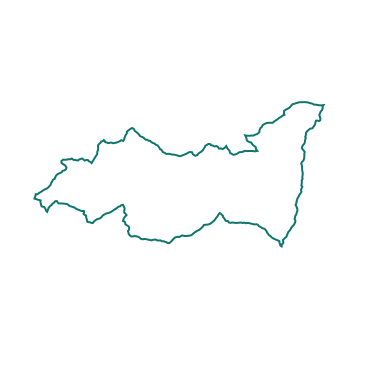 Marília, São Paulo, Brazil (Robinson projection), rotated 72°
{"feature_id": "56859067B32414621865348", "entity_name": "Marília", "entity_type": "district", "adm_level": 2, "iso_a3": "BRA", "parent_name": "Brazil", "parent_adm1": "São Paulo", "projection": "robinson", "projection_center": [-49.991, -22.185], "detail": "fine", "context": "isolated", "style": "outline", "palette": "teal", "viewbox_px": 384, "rotation_deg": 72, "n_neighbors": 0, "source": "geoboundaries", "source_scale": "gbopen_adm2", "svg_char_len": 6061}
<svg xmlns="http://www.w3.org/2000/svg" viewBox="0 0 384 384"><g transform="rotate(72 192 192)"><path d="M271.4,123.6L269.6,122.8L268.9,121.1L267.6,120.6L265.8,120.3L264.5,118.0L263.9,116.2L262.4,115.0L260.9,113.7L259.8,112.8L259.2,111.6L257.9,109.7L256.6,108.5L255.5,106.8L254.6,105.0L253.1,103.6L251.4,102.5L249.5,102.8L248.1,102.0L246.6,101.1L245.5,99.7L244.2,99.0L242.7,97.7L240.8,97.1L239.3,97.1L237.6,97.2L236.4,97.5L235.1,96.4L234.0,95.8L232.5,94.9L230.7,93.7L229.5,92.3L228.2,91.0L227.0,89.5L225.7,87.8L223.8,87.8L222.4,86.6L220.9,85.4L219.8,86.0L218.0,85.1L216.4,84.4L214.9,84.1L213.7,82.8L211.9,82.5L210.6,81.8L209.1,81.1L207.7,80.8L205.8,80.5L204.1,80.2L202.4,79.6L200.8,79.3L198.7,79.4L197.6,78.4L197.0,77.2L196.0,75.8L194.3,74.8L192.2,73.9L190.4,73.4L188.8,72.4L187.0,73.0L185.6,73.6L184.3,74.0L182.9,73.2L181.6,71.8L180.8,70.3L179.6,69.4L178.5,68.8L177.2,68.2L175.7,67.0L174.5,67.3L173.2,66.2L170.8,65.2L169.8,63.7L169.1,62.1L168.3,60.0L168.6,57.7L167.1,55.9L165.9,54.2L164.1,53.2L162.5,52.1L162.9,50.5L163.8,49.4L163.5,48.0L162.2,47.3L160.0,47.1L158.2,47.2L156.7,45.9L155.4,44.9L154.7,43.7L153.8,42.6L152.4,41.7L150.9,41.3L150.0,40.1L149.5,42.6L148.6,44.7L147.3,47.0L146.5,49.1L145.1,50.3L144.0,52.2L142.3,54.7L141.7,56.2L141.2,57.5L140.6,59.5L139.8,62.4L139.7,65.6L139.7,67.2L139.6,69.1L140.3,70.6L141.1,71.9L142.1,73.7L142.4,75.4L142.6,77.0L143.2,79.3L145.7,80.3L147.1,80.2L147.2,81.8L148.1,84.3L148.5,86.3L149.5,88.9L149.8,90.3L150.2,91.6L151.1,94.1L149.8,97.7L149.5,99.4L149.6,101.4L150.2,104.0L151.7,105.6L152.5,107.3L154.4,108.9L155.7,109.3L156.5,110.7L157.0,112.0L157.0,114.2L157.3,116.3L156.7,118.2L156.1,120.4L155.4,122.5L154.6,123.9L156.0,123.7L157.4,123.6L158.8,123.8L160.6,123.6L162.5,121.7L163.1,120.5L165.2,119.8L166.8,119.2L167.9,118.3L169.1,117.5L171.0,117.9L173.1,117.2L172.8,119.4L172.3,120.7L171.6,122.1L170.7,124.9L170.2,126.6L169.6,127.9L169.1,129.6L169.5,131.2L169.2,133.0L168.8,134.8L169.5,137.1L169.7,139.0L169.4,141.2L167.9,142.5L166.6,143.7L164.1,143.6L161.7,144.8L158.9,145.2L160.1,147.3L160.7,149.4L159.6,150.8L159.1,152.9L157.4,153.4L156.0,154.3L155.5,156.8L154.1,158.0L153.4,159.5L152.2,159.7L151.4,161.6L151.8,163.4L152.2,165.1L153.2,165.9L154.7,167.7L155.8,169.0L156.7,171.3L157.0,172.9L157.6,174.2L158.6,175.6L158.6,177.6L157.6,178.5L156.3,179.6L154.3,179.6L153.5,181.1L153.3,182.8L153.8,184.9L154.1,187.7L154.2,189.7L154.3,191.7L153.9,193.2L152.5,194.9L151.2,196.9L150.6,198.5L149.6,200.4L148.6,202.0L148.2,203.3L147.9,204.6L146.5,205.7L145.0,207.4L143.5,207.8L142.3,208.1L141.5,209.1L139.7,209.4L137.2,210.3L135.7,211.9L134.3,212.7L133.2,214.2L131.8,215.3L130.4,216.0L129.8,217.5L128.6,218.2L127.9,219.9L126.1,220.9L124.5,222.0L123.7,223.1L122.5,224.3L120.8,224.7L118.9,225.7L117.4,226.7L116.1,227.6L114.1,227.8L112.6,229.2L113.0,231.3L113.7,233.3L114.5,235.3L116.1,235.9L117.5,237.7L118.7,238.7L119.8,239.5L120.9,240.1L122.2,241.7L120.9,243.3L121.4,245.1L121.6,247.1L121.6,249.2L121.3,251.8L120.3,253.1L119.8,254.4L119.7,256.5L118.5,257.9L117.8,259.1L116.4,259.2L115.3,259.8L116.1,261.1L115.9,262.7L116.9,263.8L117.6,265.5L118.6,267.0L119.9,267.4L121.5,267.8L123.0,268.4L123.9,269.3L125.3,270.0L126.8,270.5L127.8,271.9L129.9,274.5L131.3,276.0L132.3,277.2L133.5,278.5L132.2,279.2L130.9,280.5L129.4,281.2L128.9,282.8L128.9,284.5L127.4,285.3L126.2,286.1L126.2,287.5L126.2,289.0L126.8,290.8L125.6,292.9L124.7,294.9L123.0,296.0L123.3,297.5L122.7,299.3L122.5,300.9L122.3,302.3L121.4,304.6L122.3,306.7L124.1,307.1L125.4,306.3L127.5,304.4L129.8,303.8L131.4,304.8L132.0,306.8L131.9,308.6L133.0,309.8L133.2,312.0L133.5,314.4L134.4,316.1L135.3,317.2L137.0,318.5L137.4,320.6L138.8,321.7L140.0,323.2L141.5,324.3L142.3,325.6L143.2,327.2L143.8,328.8L144.0,331.0L144.4,332.7L145.1,335.1L145.7,337.8L146.3,339.8L145.8,341.4L147.9,342.4L149.6,343.9L150.9,342.0L152.0,340.5L153.2,338.6L154.6,339.3L155.9,339.3L157.4,339.5L159.2,339.5L160.6,337.2L162.3,336.7L164.9,336.5L166.1,335.9L163.0,333.4L161.8,331.9L161.1,329.8L160.2,328.6L159.5,326.6L158.5,324.8L159.0,323.2L160.3,323.0L161.5,322.5L162.1,321.1L162.9,318.7L163.7,317.0L164.4,315.4L165.3,314.0L167.5,312.8L168.6,311.1L169.5,309.8L170.3,308.7L171.4,307.9L172.6,307.0L174.2,305.0L175.3,303.8L176.1,302.6L176.6,300.7L178.1,301.0L179.3,301.9L180.8,301.0L181.7,300.0L183.7,300.5L185.4,300.5L186.7,300.7L188.2,300.6L189.3,298.4L190.2,297.3L190.9,296.1L189.8,294.4L189.0,292.5L188.5,290.3L188.7,288.0L187.9,285.7L186.9,284.4L186.3,282.5L185.9,279.9L186.2,277.6L185.9,275.2L185.3,273.0L184.8,271.3L184.4,269.9L184.0,268.3L183.3,266.7L183.4,264.9L182.7,263.2L182.8,261.7L184.7,261.3L186.3,261.1L187.5,261.4L188.9,262.2L190.6,262.8L191.9,262.1L193.7,261.4L194.4,262.7L195.2,264.0L196.1,265.2L197.2,265.8L198.2,266.6L199.4,265.2L200.7,265.1L202.2,265.3L203.9,263.9L205.3,262.8L206.6,262.8L208.3,263.5L209.3,265.0L211.0,265.0L212.5,265.2L214.0,264.5L215.5,263.5L216.0,262.1L216.1,260.4L216.9,258.7L217.8,257.2L219.3,255.9L220.7,255.1L221.7,253.6L222.1,251.3L222.9,249.8L223.8,248.4L224.5,247.0L225.4,245.7L225.5,243.2L226.0,241.3L227.3,240.0L227.9,238.6L228.1,237.2L229.6,235.8L230.0,234.3L231.0,233.0L231.9,231.9L233.1,230.8L233.6,229.5L233.1,228.2L232.4,226.6L231.6,225.4L231.0,224.2L230.0,222.2L230.1,220.0L230.8,217.9L230.5,216.1L230.2,214.8L231.0,213.6L231.9,211.7L232.6,208.6L232.9,205.9L231.8,203.4L231.2,201.7L230.6,199.5L230.2,196.7L229.5,194.7L228.7,193.3L228.1,192.0L227.1,191.2L227.4,188.7L227.9,187.0L227.8,184.5L227.1,182.3L226.4,180.7L225.6,178.9L224.2,177.2L223.2,175.5L221.8,174.1L220.6,172.1L221.6,171.3L222.9,170.7L224.4,169.9L225.7,170.1L227.3,169.4L229.8,168.9L230.8,166.8L232.4,166.3L233.3,164.8L233.4,163.2L234.2,161.6L235.1,159.6L236.2,154.8L237.1,153.5L237.3,151.8L238.3,150.4L238.7,148.4L239.4,146.9L240.3,145.8L240.9,144.6L242.0,143.0L242.6,140.7L243.5,139.5L245.0,139.0L246.4,137.6L248.2,136.2L249.1,134.9L250.2,133.9L252.4,133.2L253.9,133.1L255.1,132.6L256.5,132.3L258.4,130.9L259.5,130.4L260.7,129.6L262.3,128.0L263.4,126.7L264.6,125.3L265.6,124.1L267.0,124.4L269.0,124.4L270.2,124.5L271.4,123.6Z" fill="none" stroke="#0f766e" stroke-width="2"/></g></svg>